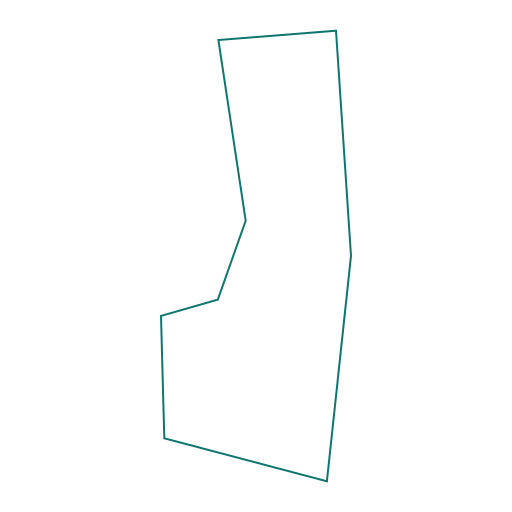 Ngaraard, orthographic projection
{"feature_id": "PLW-5251", "entity_name": "Ngaraard", "entity_type": "state/province", "adm_level": 1, "iso_a3": "PLW", "parent_name": "Palau", "parent_adm1": "", "projection": "orthographic", "projection_center": [134.644, 7.639], "detail": "fine", "context": "isolated", "style": "outline", "palette": "teal", "viewbox_px": 512, "rotation_deg": 0, "n_neighbors": 0, "source": "natural_earth", "source_scale": "10m", "svg_char_len": 232}
<svg xmlns="http://www.w3.org/2000/svg" viewBox="0 0 512 512"><path d="M336.0,30.7L351.0,255.8L326.9,481.3L164.3,438.3L161.0,315.9L217.8,299.6L245.7,220.7L218.4,40.0L336.0,30.7Z" fill="none" stroke="#0f766e" stroke-width="2"/></svg>